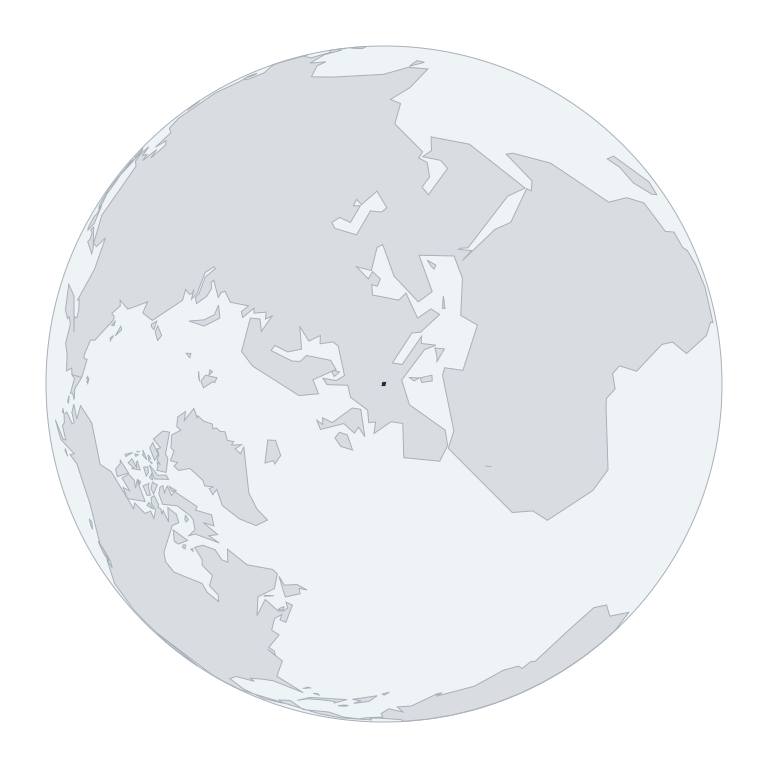 globe centered on Aargau, rotated 268°
{"feature_id": "CHE-162", "entity_name": "Aargau", "entity_type": "Canton", "adm_level": 1, "iso_a3": "CHE", "parent_name": "Switzerland", "parent_adm1": "", "projection": "orthographic", "projection_center": [8.112, 47.382], "detail": "fine", "context": "on_globe", "style": "filled", "palette": "slate", "viewbox_px": 768, "rotation_deg": 268, "n_neighbors": 0, "source": "natural_earth", "source_scale": "10m", "svg_char_len": 11174}
<svg xmlns="http://www.w3.org/2000/svg" viewBox="0 0 768 768"><g transform="rotate(268 384 384)"><circle cx="384" cy="384" r="338" fill="#eef3f6" stroke="#a8b0b8"/><path d="M93.7,211.1L99.7,201.7L142.8,148.7L108.6,188.2L113.2,181.8L120.9,171.9L133.6,157.1L133.1,158.0L153.1,138.5L167.0,126.0L194.1,107.8L218.7,100.8L209.6,106.0L216.6,104.4L228.4,98.1L234.5,94.5L274.6,86.0L315.1,74.2L324.3,67.9L325.1,72.0L340.0,59.1L359.7,54.3L339.7,61.6L339.3,64.0L353.7,61.2L356.5,63.2L365.0,63.2L367.0,66.0L355.2,70.9L356.3,73.1L366.4,71.1L374.8,73.3L359.7,75.7L372.9,80.0L355.5,90.5L313.6,97.5L305.9,108.3L268.2,129.4L273.7,130.8L262.9,140.7L265.2,146.3L257.6,149.3L266.1,151.3L272.6,147.5L278.5,147.3L280.5,150.5L271.1,154.6L268.7,153.7L267.0,156.6L261.4,157.4L265.3,158.8L253.6,163.9L268.0,163.7L261.1,171.9L252.6,174.1L249.9,167.4L223.5,158.2L214.0,159.6L203.4,167.5L190.9,195.3L181.9,200.0L172.4,211.0L178.9,211.0L188.7,202.5L198.5,205.9L209.3,195.9L214.8,196.1L227.4,189.0L229.2,197.3L224.2,209.4L213.9,215.9L211.5,221.7L224.3,221.8L208.1,240.9L202.6,266.1L198.0,270.7L183.4,267.3L175.7,250.6L156.9,249.0L172.8,257.7L161.0,270.2L160.6,275.8L163.5,280.0L169.4,278.4L166.2,284.7L149.2,277.6L151.9,271.8L157.2,273.9L153.5,266.5L142.0,263.1L136.9,270.4L124.9,259.7L121.1,265.0L116.3,266.1L123.2,258.2L110.7,272.7L95.7,266.7L78.4,292.5L91.3,263.0L93.4,251.3L94.5,240.2L91.4,244.1L96.9,225.8L94.8,219.8L83.8,233.4L73.7,253.2L68.7,271.1L71.9,268.1L71.0,279.2L61.4,292.0L58.1,317.4L52.6,331.8L50.2,346.9L51.1,355.7L51.2,371.3L54.8,369.7L59.2,377.4L55.6,391.4L60.8,386.1L61.2,400.0L72.0,425.1L70.3,426.2L78.8,463.7L93.8,493.4L97.3,508.5L94.9,511.9L101.5,521.3L101.6,525.5L132.8,561.4L153.1,585.8L155.4,598.7L144.1,601.6L147.2,620.6L130.6,607.2L133.1,610.3L117.6,592.0L103.6,572.6L90.9,552.2L79.7,531.0L70.1,509.1L62.0,486.5L55.6,463.5L50.7,440.0L47.6,416.2L46.2,392.3L48.0,389.2L50.3,366.8L50.5,358.5L48.8,359.6L51.9,328.4L56.7,307.8L83.6,229.3L93.7,211.1ZM73.3,299.3L69.9,336.0L67.0,323.1L68.4,323.7L70.3,312.6L72.1,296.3L70.9,286.2L73.3,299.3ZM82.6,297.4L82.7,292.1L83.2,296.3L82.6,297.4ZM236.8,92.7L228.4,97.9L216.6,103.2L223.3,98.5L236.8,92.7ZM259.5,84.7L256.3,87.2L248.9,87.7L253.0,86.0L259.5,84.7ZM330.2,63.4L322.8,65.4L329.0,62.8L330.2,63.4ZM365.9,62.8L367.1,61.7L371.0,62.3L365.9,62.8ZM225.5,185.1L226.3,187.0L223.6,187.3L225.5,185.1ZM230.1,180.3L226.2,179.3L227.8,176.9L230.2,177.6L230.1,180.3ZM377.7,67.3L383.6,68.9L375.5,68.0L377.7,67.3ZM234.5,182.3L231.2,172.9L234.1,168.9L245.5,168.3L234.5,182.3ZM385.7,70.3L400.2,74.8L404.2,72.5L401.1,82.1L389.8,74.7L379.2,73.8L385.6,72.5L385.7,70.3ZM273.9,145.0L267.0,149.1L270.9,142.9L273.9,145.0ZM274.9,141.2L278.5,123.6L289.7,119.6L286.2,126.1L299.2,119.0L302.9,125.6L296.6,131.0L288.6,132.1L296.1,133.9L274.9,141.2ZM397.1,87.0L398.8,89.0L394.8,87.9L397.1,87.0ZM281.2,146.8L280.9,143.4L290.6,139.6L292.9,145.7L289.1,144.9L281.2,146.8ZM300.8,114.2L308.4,112.8L313.5,117.6L317.1,117.8L304.0,125.5L300.8,114.2ZM287.9,147.4L293.9,149.1L291.1,153.9L282.1,149.9L287.9,147.4ZM292.1,136.1L296.8,134.7L295.0,137.4L292.1,136.1ZM284.7,172.6L284.2,168.1L289.1,165.7L284.7,172.6ZM296.3,149.4L297.2,147.7L299.1,146.4L302.4,148.5L296.3,149.4ZM308.5,128.6L309.0,131.1L314.1,125.6L318.1,129.4L308.6,134.0L314.4,133.6L315.6,134.8L306.5,137.3L308.5,128.6ZM311.4,146.7L300.7,154.5L300.6,163.1L296.2,165.4L297.1,151.3L311.4,146.7ZM309.3,140.9L309.6,145.0L303.9,145.5L300.2,143.2L309.3,140.9ZM324.3,130.5L320.6,123.5L322.8,122.8L324.3,130.5ZM312.5,149.1L315.1,147.2L313.2,149.6L312.5,149.1ZM321.9,135.9L320.3,133.5L322.9,132.7L321.9,135.9ZM321.5,145.7L318.1,148.1L315.4,146.4L321.5,145.7ZM322.6,141.1L326.5,140.7L316.6,144.4L321.5,140.1L322.6,141.1ZM324.6,135.6L325.6,134.4L324.9,136.8L324.6,135.6ZM333.5,150.9L321.6,156.0L315.8,152.1L328.2,147.7L333.5,150.9ZM720.9,358.3L719.6,349.7L718.8,352.0L715.2,335.8L707.2,321.3L708.0,337.1L704.3,328.1L693.5,322.2L692.5,344.8L693.5,394.4L699.7,419.5L697.3,438.8L679.4,420.4L668.1,400.3L663.7,410.3L643.6,403.9L614.7,430.7L608.8,426.6L603.8,434.9L589.3,436.8L579.5,428.9L571.6,435.0L597.2,455.1L605.5,448.4L609.8,430.6L615.6,439.6L629.3,439.7L620.7,477.7L574.9,531.8L567.4,514.1L517.2,472.7L517.0,465.2L516.7,464.5L515.9,463.3L514.3,476.1L504.7,466.7L534.7,500.4L541.1,516.3L574.3,533.4L571.9,537.9L581.7,539.1L609.4,514.2L610.2,520.7L598.9,558.2L557.9,614.9L561.7,633.1L555.9,650.1L526.7,670.5L525.7,679.1L510.1,687.2L506.7,691.9L492.1,699.7L469.1,708.3L433.8,714.9L434.5,712.5L421.2,707.9L403.9,687.4L415.8,673.8L413.8,663.0L388.0,637.0L393.9,619.9L386.3,612.8L371.0,614.8L361.8,605.7L352.3,605.1L290.6,604.9L270.2,588.9L242.1,542.5L252.0,528.4L251.1,507.7L317.5,446.0L334.7,452.2L390.6,442.8L398.1,445.2L394.9,463.3L439.6,479.5L449.9,463.1L487.0,466.1L509.5,458.5L511.5,423.5L474.6,435.4L464.9,421.1L491.7,397.7L523.4,387.6L520.6,381.8L497.8,375.3L502.1,360.6L489.5,372.0L496.8,376.5L489.0,384.1L481.9,380.6L483.8,375.3L473.4,375.5L467.3,401.7L474.1,409.1L448.6,419.9L457.4,433.5L451.5,442.0L434.5,422.3L434.0,413.7L404.7,393.0L402.9,402.9L430.5,423.3L423.2,422.6L421.0,437.3L416.9,425.6L387.3,401.8L362.4,408.7L335.7,443.6L320.2,445.4L304.9,437.0L309.7,401.2L343.9,401.4L346.1,389.8L334.9,372.3L346.3,374.2L345.9,367.4L358.5,366.7L371.9,350.1L384.0,347.8L385.4,326.9L391.8,323.2L389.1,336.4L393.8,344.8L423.4,339.6L427.9,334.4L426.4,321.5L434.7,322.1L429.5,310.4L444.5,301.8L421.8,302.8L419.4,288.9L426.3,276.4L421.4,272.3L410.2,292.8L409.4,301.0L415.2,307.6L409.5,331.5L400.2,336.6L390.7,313.1L376.5,318.2L375.4,298.7L406.4,253.4L421.4,242.8L454.5,252.7L453.3,262.3L440.8,263.3L456.0,274.6L453.0,267.8L459.9,268.7L459.4,256.5L464.3,256.6L455.4,245.1L461.3,244.0L466.8,251.3L471.1,233.3L482.3,228.3L480.9,224.3L476.3,221.4L493.6,217.5L491.8,214.8L485.5,214.9L477.7,209.8L470.9,199.4L477.3,198.6L480.6,202.2L497.2,209.1L505.1,219.5L507.0,218.2L501.7,209.1L481.4,200.5L475.5,194.6L485.4,197.2L481.3,195.8L480.4,192.6L485.4,189.0L474.7,185.6L455.6,154.7L463.4,145.4L474.3,150.6L467.7,130.6L477.1,123.2L471.2,123.1L464.0,114.4L461.0,116.6L457.6,116.0L437.9,96.6L438.2,92.1L423.0,85.2L420.0,85.3L418.9,88.2L401.1,82.1L404.2,72.5L410.9,72.5L408.3,67.2L424.0,68.3L435.8,67.3L454.5,72.6L462.2,71.9L460.3,70.0L469.3,68.2L494.5,72.5L482.7,77.3L446.5,75.9L462.0,76.8L461.0,79.3L468.2,81.5L478.9,82.4L478.6,80.7L508.9,98.8L539.8,110.7L531.4,101.5L534.7,98.7L562.5,107.9L610.3,143.8L615.1,143.4L621.1,147.7L629.4,157.2L620.9,151.0L621.7,155.2L615.7,150.6L626.2,164.9L618.0,159.1L630.2,173.7L634.8,174.8L628.6,163.8L642.6,179.8L647.1,178.4L656.9,188.2L680.7,225.4L691.0,249.7L693.5,254.7L692.8,257.6L699.1,275.0L706.4,283.8L708.8,290.9L715.6,319.6L714.4,314.9L712.5,322.6L717.5,342.5L719.1,341.0L719.5,343.3L720.9,358.3ZM298.5,482.2L297.6,488.6L298.5,482.2ZM560.0,393.0L577.0,383.7L564.1,367.7L569.5,363.0L563.1,359.6L563.0,366.6L546.6,356.1L552.0,345.4L547.2,337.5L541.3,340.3L534.0,361.7L557.5,376.5L555.9,387.4L560.0,393.0ZM72.5,425.7L73.3,431.4L71.2,427.4L72.5,425.7ZM64.1,326.7L64.6,332.3L64.0,337.2L63.2,333.8L64.1,326.7ZM74.2,371.5L75.9,378.7L73.1,373.5L74.2,371.5ZM69.9,341.4L72.7,366.3L67.3,358.0L65.9,342.5L68.3,349.9L69.9,341.4ZM77.3,302.6L77.0,306.9L75.4,308.3L77.3,302.6ZM82.9,300.5L82.6,299.4L83.8,295.8L82.9,300.5ZM162.0,270.6L163.3,271.4L165.0,276.4L161.9,275.8L162.0,270.6ZM186.6,290.2L180.8,299.9L182.7,292.2L177.3,292.8L174.6,277.9L195.5,272.3L186.5,277.3L186.6,290.2ZM176.9,257.5L176.2,266.9L176.1,256.9L176.9,257.5ZM331.8,333.1L337.3,337.7L334.5,345.5L319.1,350.3L323.1,338.7L331.8,333.1ZM345.9,342.4L340.8,318.9L350.1,315.6L345.7,321.3L352.4,321.5L347.2,330.9L361.1,351.5L359.5,359.9L332.0,363.0L341.9,357.0L335.9,352.7L345.9,342.4ZM311.2,270.8L309.2,262.3L332.1,265.9L331.4,273.6L316.1,278.3L307.9,272.1L311.2,270.8ZM255.3,183.8L253.0,181.5L255.6,180.2L259.7,181.0L255.3,183.8ZM284.0,170.7L268.0,192.9L264.5,191.2L259.3,207.1L248.1,209.1L251.9,198.6L239.4,212.4L238.4,203.7L230.9,213.8L240.6,190.2L239.2,183.6L245.0,190.1L255.2,188.4L259.2,185.6L269.5,173.1L271.5,158.6L282.0,155.1L288.9,156.6L290.0,159.5L282.8,160.7L289.4,163.8L279.9,167.8L284.0,170.7ZM363.3,184.6L354.5,183.2L366.2,193.1L356.8,196.0L358.7,196.9L353.2,202.5L349.9,211.1L345.2,211.3L346.0,214.7L342.3,218.7L341.8,223.4L333.0,225.6L331.7,231.8L328.3,229.4L328.3,239.5L324.4,233.0L319.3,238.0L325.8,241.7L279.8,245.1L263.6,252.6L252.2,262.8L247.0,251.2L254.3,234.7L268.2,218.2L284.6,213.1L279.3,209.1L285.6,205.7L287.1,210.2L288.4,201.2L294.0,199.7L306.4,187.1L304.8,175.8L309.3,171.2L312.7,174.9L314.8,167.9L324.3,171.9L327.7,168.8L340.5,170.1L345.0,179.5L348.5,175.4L358.4,176.7L363.3,184.6ZM337.0,151.6L344.7,161.4L343.3,168.0L321.6,163.2L317.2,165.4L303.3,163.2L305.7,153.8L309.4,155.2L313.6,154.5L311.2,157.7L316.3,154.6L321.6,156.6L327.0,154.8L328.0,158.4L337.0,151.6ZM404.7,437.8L410.1,437.9L418.2,436.1L417.0,445.6L404.7,437.8ZM384.2,421.9L388.9,420.3L391.1,432.2L385.4,432.3L384.2,421.9ZM389.5,409.7L388.9,419.3L385.9,414.2L389.5,409.7ZM393.3,334.5L398.0,332.3L399.2,335.2L397.5,340.0L393.3,334.5ZM396.1,217.3L391.3,214.8L392.2,212.9L386.5,203.5L393.0,201.1L399.0,205.8L396.1,217.3ZM506.3,431.4L501.0,439.9L497.1,438.1L499.7,435.5L506.3,431.4ZM457.7,445.0L469.8,446.4L457.3,447.6L457.7,445.0ZM402.2,213.0L399.1,209.4L404.3,210.5L402.2,213.0ZM397.5,198.9L403.3,199.2L393.1,199.7L397.5,198.9ZM603.7,621.4L576.8,655.8L563.7,663.2L564.3,658.4L576.3,640.2L592.4,627.1L601.2,615.0L603.7,621.4ZM721.9,378.1L720.0,374.3L720.5,365.8L721.2,362.0L721.9,378.1ZM700.7,420.5L706.0,428.2L704.1,435.7L700.7,420.5ZM696.9,260.8L699.0,268.2L697.4,265.3L693.6,254.2L696.9,260.8ZM664.4,197.0L670.6,205.6L673.2,209.6L671.2,207.2L664.4,197.0ZM453.7,191.3L454.4,206.6L459.2,217.0L468.7,221.4L455.6,222.2L448.2,206.1L453.7,191.3ZM454.7,159.1L446.3,156.0L449.6,153.5L452.0,153.8L454.7,159.1ZM449.9,159.9L440.3,163.5L435.4,159.3L443.9,157.2L449.9,159.9ZM421.5,187.4L421.3,192.0L417.0,190.9L421.5,187.4ZM617.2,140.6L613.8,138.2L608.7,133.1L612.5,136.1L617.2,140.6ZM588.9,115.9L606.2,131.0L619.6,144.4L618.9,142.8L628.0,151.3L625.3,150.4L610.9,136.6L602.0,127.7L594.0,121.9L583.4,113.5L575.5,109.4L568.7,104.9L573.1,106.1L588.9,115.9ZM572.3,108.1L554.6,100.0L548.1,93.5L550.5,93.8L561.4,100.1L564.2,103.1L572.3,108.1ZM548.4,96.4L551.0,99.4L530.3,98.1L524.3,96.4L536.6,92.9L539.6,95.7L545.9,97.5L548.4,96.4ZM401.9,88.1L399.1,88.9L399.7,87.0L401.9,88.1ZM456.1,117.4L451.6,116.2L452.4,113.7L456.1,117.4ZM439.6,112.0L441.9,115.5L436.8,112.0L439.6,112.0ZM447.4,123.7L441.5,117.1L450.9,123.0L447.4,123.7Z" fill="#d9dde1" stroke="#a8b0b8" stroke-width="1"/><path d="M384.6,382.6L384.8,382.8L385.0,382.8L385.1,383.0L385.0,383.3L385.0,383.5L385.2,383.8L385.0,384.0L385.2,384.3L385.3,384.3L385.2,384.5L385.2,384.8L385.1,385.0L385.2,385.4L384.9,385.3L384.9,385.2L384.8,384.8L384.7,384.8L384.7,384.7L384.4,384.7L384.4,384.9L384.2,384.9L383.9,384.7L383.6,384.8L383.5,384.6L383.4,384.6L383.4,384.8L383.2,384.8L382.9,384.9L382.8,384.7L383.0,384.4L383.5,384.3L383.6,384.2L383.7,383.9L383.5,383.7L383.4,383.6L383.3,383.4L383.2,383.4L383.0,383.1L382.9,383.0L382.7,383.2L382.7,382.9L382.8,382.9L382.8,382.7L382.9,382.8L383.2,382.8L383.7,382.9L383.9,382.9L384.0,382.9L384.1,382.7L384.3,382.6L384.5,382.6L384.6,382.6Z" fill="#64748b" stroke="#1e293b" stroke-width="1.5"/></g></svg>